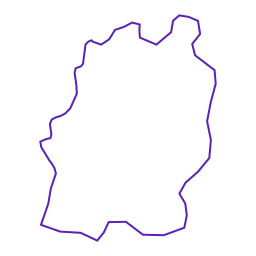 map outline of Cantemir (Mercator projection)
{"feature_id": "MDA-1631", "entity_name": "Cantemir", "entity_type": "District", "adm_level": 1, "iso_a3": "MDA", "parent_name": "Moldova", "parent_adm1": "", "projection": "mercator", "projection_center": [28.284, 46.256], "detail": "fine", "context": "isolated", "style": "outline", "palette": "violet", "viewbox_px": 256, "rotation_deg": 0, "n_neighbors": 0, "source": "natural_earth", "source_scale": "10m", "svg_char_len": 868}
<svg xmlns="http://www.w3.org/2000/svg" viewBox="0 0 256 256"><path d="M41.0,224.8L48.3,203.6L50.9,188.2L55.9,173.6L54.5,168.1L51.9,163.8L49.2,160.2L41.2,147.0L40.3,141.7L45.5,139.3L50.4,138.1L51.4,134.6L49.9,123.9L51.7,119.6L56.0,117.3L60.9,115.8L65.0,113.6L70.2,108.5L76.1,95.4L76.8,93.3L76.4,85.6L74.6,72.8L75.7,68.2L80.9,66.4L83.0,63.8L85.5,44.6L88.3,41.6L91.5,40.3L92.6,41.6L101.1,44.6L109.1,39.4L115.0,29.9L124.1,26.8L132.1,22.6L139.7,24.5L139.4,30.7L139.9,37.6L156.4,44.6L171.1,32.2L173.1,20.7L179.3,15.4L188.7,16.9L198.0,20.9L200.1,34.0L192.2,44.0L195.1,55.3L214.6,70.2L215.7,83.8L210.8,102.0L207.1,121.2L210.9,140.1L209.3,158.0L198.1,171.6L185.5,182.7L179.4,193.6L185.3,203.6L186.8,215.4L184.3,227.7L163.8,235.2L142.9,234.7L125.9,221.8L108.7,222.1L103.8,232.5L97.2,240.6L80.6,232.8L60.1,231.6L41.0,224.8Z" fill="none" stroke="#5b21b6" stroke-width="2"/></svg>